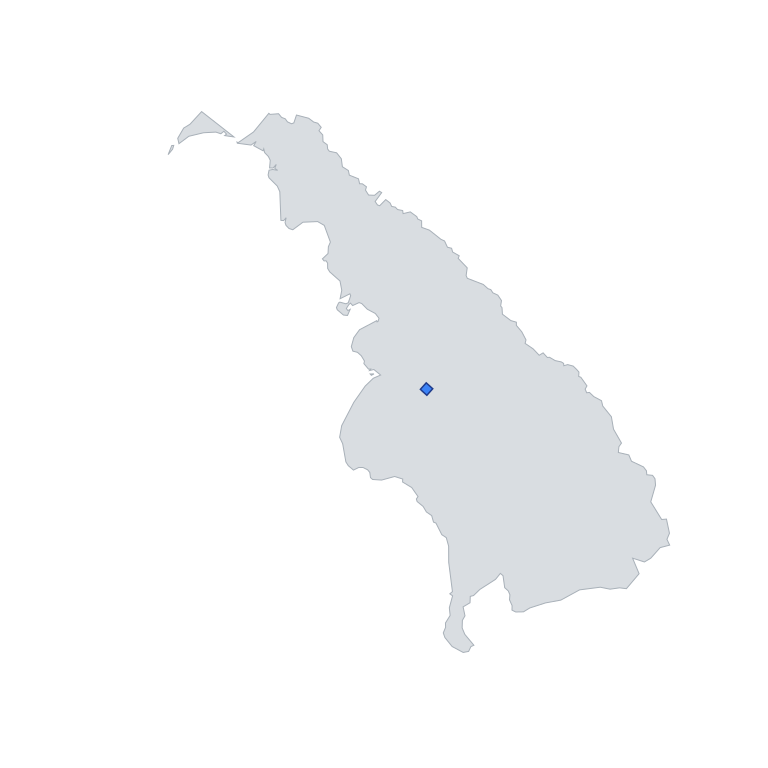 Catriló, La Pampa, Argentina (highlighted), rotated 132°
{"feature_id": "61730980B1153371895886", "entity_name": "Catriló", "entity_type": "district", "adm_level": 2, "iso_a3": "ARG", "parent_name": "Argentina", "parent_adm1": "La Pampa", "projection": "orthographic", "projection_center": [-63.562, -36.582], "detail": "fine", "context": "in_parent", "style": "filled", "palette": "blue", "viewbox_px": 768, "rotation_deg": 132, "n_neighbors": 0, "source": "geoboundaries", "source_scale": "gbopen_adm2", "svg_char_len": 4098}
<svg xmlns="http://www.w3.org/2000/svg" viewBox="0 0 768 768"><g transform="rotate(132 384 384)"><path d="M461.3,227.4L456.5,234.9L457.3,240.2L452.6,252.3L453.5,254.8L449.9,260.5L450.7,266.9L448.8,273.0L449.2,280.7L447.8,283.0L444.9,283.4L442.4,294.1L444.4,304.6L442.1,306.5L445.6,314.2L457.0,321.5L462.6,328.6L462.6,331.4L459.2,335.4L458.7,338.8L460.1,343.7L462.9,346.9L468.4,349.1L468.6,355.9L467.4,360.2L456.0,374.8L453.3,381.3L443.2,387.6L417.7,394.2L398.1,396.6L386.9,395.8L379.6,392.5L380.0,401.2L383.7,403.8L381.8,403.9L383.3,405.5L382.3,412.6L380.0,413.9L378.2,419.8L378.2,424.9L380.4,429.1L378.1,433.3L369.7,437.5L360.0,438.5L341.8,431.8L342.5,430.7L341.5,430.3L338.5,431.7L337.4,437.6L339.6,446.5L339.1,454.4L340.2,457.0L346.7,459.8L346.3,463.0L348.5,463.3L353.1,462.5L353.6,460.0L351.2,459.1L357.5,457.0L359.9,460.3L360.1,468.4L359.0,470.5L354.1,472.0L352.7,471.6L349.9,466.0L347.5,464.9L340.6,467.9L339.8,469.7L350.0,473.7L342.6,478.1L336.9,485.6L337.0,499.3L335.8,503.2L331.9,506.8L331.2,509.4L332.6,510.9L332.2,513.5L324.5,512.9L319.2,517.2L314.4,518.8L306.1,534.5L307.7,542.0L318.0,552.5L330.4,555.0L332.0,558.6L331.7,562.9L330.3,565.5L325.9,568.0L329.7,567.9L331.4,570.1L310.8,590.1L308.3,595.8L307.7,607.5L306.2,610.0L302.0,612.5L299.0,610.2L296.4,606.0L296.8,609.5L292.9,611.0L297.7,610.9L300.0,613.6L293.9,618.2L292.3,622.1L291.9,627.5L289.7,630.7L291.6,629.9L294.1,640.3L289.3,641.3L295.4,642.7L303.2,654.1L302.6,655.1L302.3,653.9L284.0,649.6L259.9,650.7L259.9,649.1L253.7,643.2L254.4,638.5L253.0,634.8L253.8,631.2L252.5,626.9L250.3,625.7L242.7,629.0L236.9,617.8L236.4,611.6L234.5,607.7L235.3,602.4L239.3,601.8L239.9,596.2L244.7,591.5L244.2,586.3L247.1,583.1L247.6,580.4L243.9,573.9L245.2,566.4L250.4,560.3L249.2,553.3L252.0,549.5L248.6,540.3L251.5,536.1L249.7,534.0L249.2,529.0L252.3,527.5L253.9,521.9L250.1,517.3L243.8,516.4L243.3,513.8L254.3,512.7L255.3,508.7L254.4,506.5L245.8,506.1L245.4,500.7L246.9,497.1L245.0,493.9L245.3,490.7L242.6,486.2L244.6,483.8L238.5,479.6L237.7,471.6L238.8,469.4L237.6,465.2L242.4,460.8L239.3,453.3L238.4,438.6L237.2,434.7L239.9,428.4L237.9,424.6L240.0,421.3L238.4,413.9L241.0,413.0L242.0,399.9L248.5,395.5L249.7,392.8L243.6,376.8L243.6,370.5L242.4,367.8L243.4,364.1L241.8,358.9L243.4,352.5L248.0,349.5L248.3,347.4L252.9,342.7L252.0,332.2L249.5,327.0L251.9,324.8L253.0,316.6L256.2,308.0L259.4,306.3L258.1,296.7L258.8,287.9L254.4,286.6L255.0,280.3L253.4,278.9L252.1,272.5L248.9,266.9L248.5,264.3L250.1,262.6L246.7,260.5L244.1,255.4L244.3,250.5L244.7,247.1L248.1,244.4L247.3,242.2L249.6,231.9L253.2,231.1L254.9,227.5L252.8,225.7L253.0,219.7L250.9,211.2L254.0,206.7L256.2,193.1L264.0,183.2L269.0,168.0L273.4,167.5L278.1,164.0L272.9,154.6L275.8,148.4L272.0,135.7L272.9,130.9L275.6,128.0L272.2,123.3L273.1,119.2L277.5,114.5L293.1,106.9L298.9,87.0L295.4,83.7L303.9,72.0L310.1,69.8L312.6,63.9L320.8,69.3L334.9,69.2L342.0,71.4L347.1,82.7L354.3,67.5L373.9,66.9L377.8,72.5L385.2,78.7L390.3,87.3L406.1,100.9L426.3,108.0L438.6,117.5L452.9,125.8L460.0,127.9L465.3,133.6L466.4,137.6L463.0,140.5L460.4,146.3L456.4,149.4L454.6,153.2L454.6,158.0L446.8,167.3L446.9,170.8L454.5,170.4L472.5,175.3L481.3,175.9L484.1,177.8L489.0,173.7L496.7,176.1L502.1,168.7L507.2,167.6L513.0,162.7L516.0,156.4L518.0,142.4L521.0,143.7L526.1,142.2L530.5,145.5L533.5,157.7L531.7,169.0L529.3,173.4L523.6,175.4L520.5,178.4L511.7,180.0L506.6,185.7L495.5,191.3L495.9,194.7L492.5,194.2L473.2,216.6L461.3,227.4ZM303.6,701.8L300.8,660.8L306.0,668.6L303.7,668.2L303.3,672.1L307.2,672.7L309.3,677.5L318.0,686.2L330.5,694.8L342.6,697.2L339.4,701.7L327.8,704.1L320.8,702.0L303.6,701.8ZM347.4,699.9L351.0,698.2L358.0,697.9L348.8,701.3L347.4,699.9ZM386.0,399.2L385.8,401.0L383.2,398.2L386.0,399.2Z" fill="#d9dde1" stroke="#a8b0b8" stroke-width="1"/><path d="M363.6,353.4L363.7,350.9L363.7,349.0L363.7,348.9L363.7,347.9L363.7,345.3L363.7,345.2L363.7,344.8L363.7,344.6L361.7,344.6L361.1,344.6L360.1,344.6L358.4,344.6L358.0,344.6L357.5,344.6L355.0,344.6L354.9,344.6L354.9,344.9L354.9,353.4L355.0,353.4L360.1,353.4L363.6,353.4L363.6,353.4Z" fill="#3b82f6" stroke="#1e3a8a" stroke-width="1.5"/></g></svg>